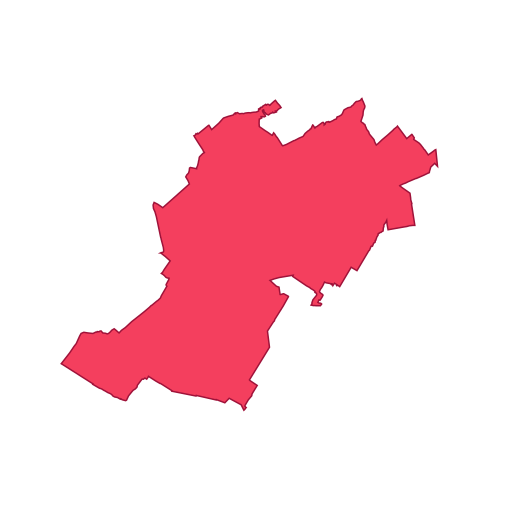 Topolog, Tulcea, Romania, rotated 295°
{"feature_id": "2599482B94952153685810", "entity_name": "Topolog", "entity_type": "district", "adm_level": 2, "iso_a3": "ROU", "parent_name": "Romania", "parent_adm1": "Tulcea", "projection": "natural_earth1", "projection_center": [28.367, 44.857], "detail": "fine", "context": "isolated", "style": "filled", "palette": "rose", "viewbox_px": 512, "rotation_deg": 295, "n_neighbors": 0, "source": "geoboundaries", "source_scale": "gbopen_adm2", "svg_char_len": 6106}
<svg xmlns="http://www.w3.org/2000/svg" viewBox="0 0 512 512"><g transform="rotate(295 256 256)"><path d="M76.1,125.0L71.3,161.8L71.2,162.4L70.7,162.3L70.0,170.0L70.3,172.2L69.9,175.3L70.0,175.5L69.6,179.2L69.7,182.4L69.3,184.1L68.6,185.6L68.5,187.4L69.2,190.3L68.9,193.5L69.5,193.7L69.4,194.6L69.2,194.6L69.2,195.6L69.8,199.0L70.7,199.6L75.4,199.6L81.4,201.1L82.6,201.5L84.5,202.8L86.6,203.5L87.2,203.5L88.7,203.1L96.1,204.7L96.4,205.0L96.8,206.1L98.0,206.6L98.4,206.9L98.2,209.0L100.4,209.4L101.5,209.4L100.3,218.3L99.9,223.0L100.1,223.3L100.1,223.6L98.6,235.2L98.3,236.9L97.9,236.9L103.7,260.7L103.8,260.7L103.9,260.9L104.4,260.8L108.7,280.8L109.1,280.7L109.8,289.8L115.7,291.8L114.9,305.4L111.1,310.2L112.4,310.7L114.5,311.1L114.5,310.9L115.2,309.4L115.9,309.2L122.3,309.8L127.5,311.2L129.4,310.7L139.2,311.8L140.4,304.1L140.7,302.7L140.9,302.4L179.0,306.8L192.8,298.1L203.5,299.6L205.0,300.1L206.3,299.8L222.1,301.8L232.9,302.6L233.2,302.2L233.5,297.3L233.4,296.8L231.4,294.5L231.3,294.1L237.5,290.0L237.2,287.3L239.8,279.0L242.8,282.0L246.2,286.0L254.3,297.8L253.0,297.9L250.3,314.5L250.1,318.2L249.7,319.0L249.4,322.3L249.0,324.0L248.4,324.9L248.0,324.7L247.9,324.8L247.7,326.6L246.7,327.3L246.1,327.5L240.3,326.1L237.5,326.4L236.3,326.9L234.8,326.7L235.3,329.0L235.7,329.7L236.4,331.6L238.2,335.4L240.2,335.8L240.5,335.0L240.4,333.9L240.0,333.3L240.1,331.7L242.8,331.6L243.0,331.9L242.9,332.7L243.2,332.8L246.9,333.3L248.8,333.3L249.2,332.8L249.4,332.2L249.5,331.0L250.1,329.1L250.7,328.5L253.2,328.5L255.1,328.9L257.7,329.1L261.3,329.1L261.3,330.8L262.5,335.3L262.2,335.7L262.0,336.4L262.9,336.4L263.0,336.8L261.6,338.2L264.5,338.6L264.2,341.5L263.3,341.5L263.2,341.8L263.8,342.2L264.0,343.0L263.6,344.8L286.0,347.0L285.4,353.7L308.3,356.0L309.3,356.4L313.4,356.2L313.8,356.5L313.9,357.2L314.3,357.4L317.4,357.2L318.6,358.1L319.6,357.9L320.5,357.5L320.8,357.9L324.1,357.5L326.6,357.8L327.4,357.3L327.9,357.6L328.3,357.5L328.6,358.0L329.7,358.5L330.2,359.3L331.3,359.8L332.4,360.6L335.4,359.5L336.6,359.5L337.5,359.0L338.7,358.8L341.5,359.4L343.5,359.4L340.3,361.3L335.6,364.6L344.7,377.6L346.6,380.4L348.2,382.2L350.2,385.5L350.9,387.0L367.3,376.0L368.8,375.0L369.1,375.2L369.4,375.1L372.2,372.6L374.5,371.3L378.0,369.0L379.6,360.1L380.3,356.8L380.5,356.5L383.4,358.8L385.4,360.8L387.7,362.6L393.7,368.0L394.1,368.6L400.2,374.0L403.8,376.9L404.4,377.6L404.9,377.8L405.9,377.5L410.5,376.8L415.5,378.8L414.0,382.6L428.4,374.0L427.3,373.1L426.3,372.7L420.4,369.4L423.5,364.1L423.8,362.9L424.2,362.5L426.5,358.1L427.3,356.0L428.3,349.7L428.5,349.5L429.5,349.6L430.0,349.5L432.1,346.0L432.1,345.8L426.1,343.0L433.5,329.3L432.8,329.2L428.8,327.2L428.1,327.1L421.0,324.1L414.8,321.2L408.9,318.9L407.4,318.1L409.6,315.3L411.1,314.0L411.6,313.2L414.0,308.1L414.7,306.9L415.7,306.1L416.4,305.2L417.7,302.5L418.3,302.2L420.0,300.2L420.8,299.5L421.2,299.0L421.3,297.8L421.7,297.3L421.7,296.1L422.3,294.2L428.9,293.4L431.8,292.3L433.9,291.8L436.1,291.9L437.6,291.5L438.1,291.2L441.4,287.7L441.9,286.9L443.5,285.4L443.0,285.1L441.8,285.0L440.9,284.6L439.2,282.9L438.5,281.7L438.1,281.4L435.9,280.6L433.9,280.2L432.5,279.4L431.1,279.0L430.4,278.2L429.3,276.7L425.9,274.2L425.2,274.0L421.7,274.1L419.9,273.8L419.5,273.4L417.9,272.4L416.3,270.7L414.2,270.9L412.6,269.3L411.6,268.8L408.2,266.0L408.1,265.7L408.6,265.3L408.4,264.7L407.6,264.0L407.2,263.1L405.9,262.7L404.9,263.0L403.7,262.4L404.4,262.1L405.4,260.8L405.5,260.3L404.8,259.6L398.9,256.4L398.3,255.7L396.9,255.3L398.7,252.4L398.7,252.0L394.5,252.0L393.9,251.4L393.0,251.3L391.0,250.1L387.8,248.7L384.6,248.2L384.1,248.0L381.0,245.2L378.7,243.5L378.0,242.9L377.4,242.6L376.5,241.5L369.9,236.4L367.2,233.7L367.2,233.2L367.7,232.4L372.5,224.9L372.5,224.4L374.5,221.3L375.1,219.9L372.2,219.8L372.1,219.6L373.1,214.2L373.4,211.7L374.7,204.3L377.4,202.8L381.4,201.1L382.1,201.8L383.6,202.9L384.0,202.7L384.2,201.7L384.5,201.6L385.3,203.5L385.5,204.6L386.6,205.5L387.7,204.5L387.9,203.7L389.5,201.2L390.1,200.6L390.8,200.3L391.7,201.1L389.5,203.0L389.8,203.8L389.4,204.4L388.9,206.0L389.1,207.7L391.2,208.8L393.0,210.5L393.3,210.5L393.0,211.1L393.4,211.5L393.4,211.8L395.2,213.7L395.4,213.6L395.1,212.7L395.5,212.3L396.3,213.5L398.6,214.3L401.1,216.0L402.4,213.9L403.7,210.7L405.3,207.8L404.3,207.2L399.9,205.3L399.1,205.2L398.3,204.8L398.3,204.5L398.7,203.8L398.6,202.8L398.3,202.3L397.1,201.6L397.1,201.3L397.5,200.7L395.5,199.4L394.7,198.8L393.9,198.9L393.5,198.6L393.1,198.5L393.0,198.2L393.1,197.8L392.2,197.2L391.3,197.7L390.4,197.0L390.4,196.8L390.8,196.6L390.4,196.2L388.4,197.1L386.5,195.3L385.3,193.1L384.2,191.4L383.4,190.5L382.9,189.0L382.1,187.6L380.9,185.7L379.8,184.7L379.3,183.1L377.9,180.9L378.1,178.5L377.4,177.9L377.0,176.8L376.2,177.3L376.1,176.6L375.6,176.1L374.6,175.9L373.8,175.4L370.9,171.9L367.5,168.4L366.7,168.0L360.7,166.2L351.8,162.4L354.6,158.1L354.4,157.8L343.6,152.6L342.1,151.8L342.5,151.1L341.0,150.1L341.1,149.9L340.9,149.9L340.7,150.1L338.9,149.3L338.7,149.0L337.8,150.2L333.5,156.9L329.8,162.9L328.9,163.8L327.9,165.5L326.5,164.5L322.0,162.9L321.0,163.0L318.8,163.7L317.8,163.8L316.2,164.3L313.0,164.9L310.8,164.9L310.0,165.3L308.5,159.1L307.6,158.6L304.9,159.5L302.6,159.8L300.2,159.0L298.0,158.9L295.6,162.5L293.1,165.2L260.4,151.1L261.4,145.0L261.5,141.0L258.7,141.2L255.7,143.0L253.3,145.8L249.5,149.1L232.4,161.9L232.1,162.3L231.1,163.0L224.6,168.4L222.2,169.9L220.9,170.4L220.0,170.0L219.0,168.7L218.4,168.2L218.5,168.5L217.4,173.1L217.2,174.2L216.9,174.9L215.3,180.3L204.9,178.5L201.7,178.2L200.2,177.6L200.0,179.4L199.5,181.3L198.6,183.4L198.6,184.9L199.1,186.6L197.8,186.9L192.1,186.6L191.5,187.0L191.0,188.0L180.0,187.0L177.4,187.1L174.2,185.8L173.1,185.1L167.7,182.6L166.7,181.9L164.5,181.1L158.2,178.2L144.0,171.1L135.9,167.8L131.8,165.5L128.4,164.4L129.7,160.0L130.1,158.2L127.7,156.6L125.8,156.1L123.5,155.1L122.6,154.2L122.5,153.9L122.4,152.3L121.5,149.7L122.6,147.3L122.2,146.6L121.7,146.1L121.0,145.8L120.4,144.0L119.7,143.9L119.3,142.9L116.9,141.0L115.2,136.1L114.1,132.2L111.9,130.2L109.0,130.0L100.6,130.1L97.2,129.3L89.6,128.1L76.1,125.0Z" fill="#f43f5e" stroke="#9f1239" stroke-width="1.5"/></g></svg>